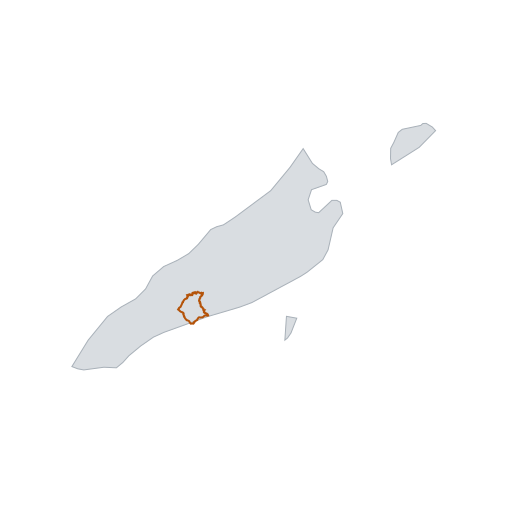 Vemasse, Baucau, East Timor (highlighted), rotated 163°
{"feature_id": "22284137B19870753775512", "entity_name": "Vemasse", "entity_type": "district", "adm_level": 2, "iso_a3": "TLS", "parent_name": "East Timor", "parent_adm1": "Baucau", "projection": "albers", "projection_center": [126.238, -8.584], "detail": "fine", "context": "in_parent", "style": "outline", "palette": "amber", "viewbox_px": 512, "rotation_deg": 163, "n_neighbors": 0, "source": "geoboundaries", "source_scale": "gbopen_adm2", "svg_char_len": 5365}
<svg xmlns="http://www.w3.org/2000/svg" viewBox="0 0 512 512"><g transform="rotate(163 256 256)"><path d="M179.5,344.9L175.0,328.1L170.3,320.9L166.6,316.8L165.4,311.6L165.6,306.3L167.8,303.9L183.5,303.2L189.7,294.5L189.7,284.1L186.5,280.6L183.4,279.1L167.2,287.0L162.5,285.6L159.7,282.8L160.6,271.2L174.0,260.4L185.3,240.8L193.2,233.0L211.8,225.6L219.3,223.5L273.4,212.7L286.3,211.9L320.5,212.2L366.4,209.9L377.8,208.4L392.5,203.7L406.7,197.8L414.3,193.2L422.2,189.9L434.0,194.1L454.0,197.4L459.4,200.2L464.4,204.1L441.1,224.6L415.6,241.6L399.8,246.7L383.6,250.2L371.2,256.8L360.7,267.1L347.4,272.9L332.3,274.9L319.5,278.0L307.8,284.0L291.6,294.5L285.0,295.5L278.1,295.3L264.6,299.3L222.8,314.2L197.6,330.8L179.5,344.9ZM47.6,323.4L68.2,312.2L99.7,303.6L98.9,309.8L95.7,319.6L91.0,324.3L83.8,332.6L79.1,334.4L60.2,332.7L57.8,333.9L54.5,333.1L49.7,327.8L47.6,323.4ZM253.0,167.1L244.5,189.4L235.2,184.6L245.1,172.1L249.8,168.4L253.0,167.1Z" fill="#d9dde1" stroke="#a8b0b8" stroke-width="1"/><path d="M335.9,209.7L335.8,210.0L335.3,210.3L335.2,210.5L334.6,210.8L334.1,211.2L333.9,211.3L333.7,211.3L333.7,211.2L333.6,211.3L333.4,211.3L333.1,211.5L332.9,211.5L332.7,211.7L332.3,211.7L331.8,211.9L331.5,212.0L331.2,211.9L330.9,212.0L330.6,212.4L330.4,212.8L329.9,213.1L329.3,213.7L328.9,213.9L328.6,214.0L328.3,214.0L327.8,213.8L327.6,213.7L327.4,213.5L326.3,213.3L325.5,213.1L325.2,213.1L324.9,213.0L324.6,213.1L323.9,213.4L323.5,213.6L323.2,213.8L322.7,214.0L322.4,214.0L322.2,214.0L321.9,214.0L321.1,213.7L320.9,213.7L320.4,213.3L320.0,213.1L319.2,213.1L319.2,214.2L319.6,214.9L319.8,215.1L320.1,215.5L321.1,216.1L321.3,216.2L321.4,216.4L321.4,216.6L321.6,216.7L321.8,216.7L322.0,217.0L322.2,217.3L321.9,217.6L321.8,217.8L321.9,218.1L321.8,218.4L321.8,218.6L321.7,218.6L321.5,218.8L321.4,218.9L321.5,218.9L321.8,219.0L321.7,219.2L321.7,219.4L321.7,219.6L321.8,219.8L321.6,219.9L321.6,220.0L321.8,220.0L321.7,220.2L322.0,220.3L322.1,220.5L322.0,220.8L322.0,221.3L322.1,221.5L322.1,221.9L322.1,222.0L322.3,222.5L322.5,222.8L322.7,223.2L322.8,223.1L323.0,222.9L323.1,223.0L323.3,223.4L323.3,223.5L323.5,223.8L323.6,224.2L323.5,224.3L323.5,224.6L323.4,224.7L323.4,224.8L323.4,225.0L323.3,225.4L323.3,225.6L323.1,225.7L323.0,225.9L323.0,226.1L323.0,226.4L323.0,226.6L323.1,226.8L323.3,226.9L323.4,227.1L323.6,227.4L323.6,227.5L323.3,227.7L323.1,227.8L322.9,227.9L322.9,228.1L322.9,228.3L322.9,228.7L323.2,228.9L323.3,229.0L323.5,229.2L323.4,229.5L323.5,229.8L323.5,230.0L323.4,230.3L323.3,230.5L323.2,230.6L322.9,230.7L322.8,230.8L322.7,230.9L322.7,231.1L322.6,231.3L322.6,231.5L322.2,231.7L321.9,232.0L321.6,232.2L321.6,232.4L321.5,232.7L321.5,232.8L321.3,232.8L321.2,232.9L321.2,233.1L320.9,233.3L320.7,233.4L320.5,233.5L320.4,233.5L320.0,233.6L319.9,233.8L319.6,233.9L319.6,234.0L319.3,234.1L319.2,234.2L319.2,234.4L318.9,234.3L318.8,234.5L318.5,234.7L318.3,234.8L318.3,235.1L318.0,235.4L317.7,235.8L317.6,236.1L318.2,236.1L318.3,236.2L318.4,236.5L318.9,236.9L319.0,236.9L319.3,236.7L319.5,236.5L320.0,236.6L320.1,236.8L320.5,237.0L320.9,237.5L321.3,238.0L321.9,238.2L322.0,238.2L322.3,238.1L322.5,238.2L322.5,238.5L322.7,238.4L322.8,238.4L323.0,238.3L323.1,238.5L323.3,238.5L323.4,238.2L323.5,238.1L323.6,238.3L323.7,238.5L323.8,238.6L323.9,238.3L324.0,238.3L324.0,238.2L323.9,238.0L324.1,237.8L324.2,238.0L324.3,238.1L324.7,237.9L324.9,237.9L325.0,237.9L325.1,238.1L325.2,238.3L325.4,238.5L325.5,239.1L325.8,239.0L325.8,238.9L325.7,238.6L325.8,238.5L326.1,238.6L326.3,239.1L326.4,239.3L326.7,239.3L327.1,239.3L327.4,239.3L327.6,239.2L327.6,238.9L327.6,238.6L327.6,238.4L327.7,238.1L327.9,238.0L328.1,237.5L328.2,237.4L328.3,237.5L328.2,237.6L328.3,237.7L328.6,237.6L328.9,237.4L329.0,237.5L329.1,237.8L329.6,237.8L329.9,237.8L329.8,238.1L330.0,238.1L330.2,237.9L330.5,237.7L331.0,238.0L331.2,238.3L331.0,238.5L330.8,238.7L330.8,238.8L331.1,238.8L331.5,238.7L331.8,238.6L331.9,238.8L332.0,238.8L332.1,238.7L332.3,238.7L332.2,238.5L332.3,238.4L332.7,238.2L332.7,237.9L332.8,237.8L333.0,237.8L333.0,237.7L333.2,237.8L333.3,237.9L333.3,237.6L333.4,237.4L333.5,237.1L333.4,236.9L333.5,236.8L333.8,236.8L334.0,236.7L334.2,236.4L334.1,236.2L334.4,236.0L334.5,235.9L334.3,235.8L334.3,235.7L334.6,235.6L335.2,235.5L335.6,235.6L335.8,235.6L336.1,235.7L336.4,235.6L336.5,235.5L336.9,235.3L337.4,235.1L337.6,235.0L337.9,234.8L338.1,234.5L338.3,234.3L338.6,234.2L339.1,233.7L339.3,233.2L339.5,233.2L339.9,233.1L340.0,233.1L340.3,232.4L342.3,230.2L342.5,230.0L342.8,229.6L343.0,229.5L343.2,229.3L343.5,229.2L343.9,229.2L344.1,229.1L344.5,229.0L344.7,228.9L345.0,228.6L345.1,228.3L345.3,228.3L345.5,228.2L345.8,227.9L346.1,227.6L345.8,227.3L345.7,227.1L345.5,226.8L345.2,226.2L344.9,225.9L344.9,225.6L344.7,225.3L344.1,224.6L343.9,224.4L343.7,224.3L343.5,224.1L342.8,223.7L342.8,223.4L342.5,223.1L342.3,223.0L342.2,222.9L342.3,222.5L342.3,222.4L342.1,222.2L342.5,221.7L342.6,221.3L342.3,220.8L342.3,220.2L342.5,219.9L342.3,219.5L342.5,219.4L342.5,219.2L342.5,218.7L342.4,218.5L342.3,218.4L342.2,218.3L342.2,218.0L342.0,217.0L341.5,215.9L341.3,215.7L341.2,215.4L341.2,215.1L341.0,214.8L340.4,214.6L340.1,214.3L340.0,214.2L339.1,213.4L338.9,213.1L338.8,212.7L338.9,212.3L338.8,212.1L338.6,211.5L338.6,211.2L338.3,210.8L338.2,210.4L337.6,210.3L337.5,210.2L337.0,210.2L336.9,210.1L336.7,210.1L336.4,209.9L336.2,209.8L335.9,209.7Z" fill="none" stroke="#b45309" stroke-width="2"/></g></svg>